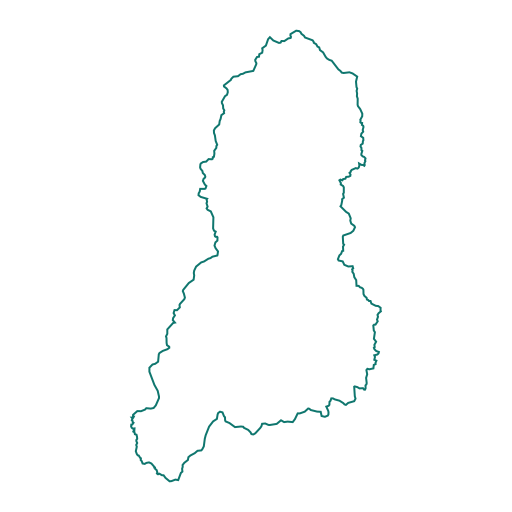 the district of Aymaraes, Apurímac, Peru
{"feature_id": "86281439B92095517476211", "entity_name": "Aymaraes", "entity_type": "district", "adm_level": 2, "iso_a3": "PER", "parent_name": "Peru", "parent_adm1": "Apurímac", "projection": "albers", "projection_center": [-73.254, -14.321], "detail": "fine", "context": "isolated", "style": "outline", "palette": "teal", "viewbox_px": 512, "rotation_deg": 0, "n_neighbors": 0, "source": "geoboundaries", "source_scale": "gbopen_adm2", "svg_char_len": 6055}
<svg xmlns="http://www.w3.org/2000/svg" viewBox="0 0 512 512"><path d="M300.6,32.2L299.1,31.1L296.2,30.7L290.5,34.1L290.4,35.5L291.0,36.9L290.6,38.0L288.3,38.4L284.3,41.1L281.5,41.0L280.6,42.6L279.9,42.8L278.9,42.9L273.3,40.5L269.9,37.2L268.1,39.2L265.9,45.6L262.2,48.3L262.6,50.1L262.2,52.7L259.3,54.2L259.0,56.7L257.0,57.0L255.2,59.9L255.4,61.3L256.4,63.2L256.2,64.4L253.3,70.9L245.4,72.4L242.9,73.8L240.6,74.2L238.0,76.2L233.4,76.7L231.3,78.8L230.9,79.9L223.9,85.4L224.0,86.5L226.5,88.4L227.6,89.9L227.8,92.2L227.0,94.8L225.0,96.2L221.8,101.8L221.9,103.1L223.0,105.3L223.2,108.5L224.3,110.3L223.8,111.8L224.1,113.2L221.4,115.1L220.6,118.9L219.7,121.0L219.2,124.5L215.1,128.2L213.9,130.4L214.0,133.0L214.9,135.4L215.7,141.0L217.2,144.8L216.4,146.0L216.3,147.9L214.2,150.8L214.4,153.7L213.9,156.8L212.8,157.2L212.7,158.7L211.9,159.3L208.6,159.1L206.2,161.6L203.1,162.0L200.8,163.5L200.4,164.3L200.1,167.3L200.5,168.7L202.4,171.0L202.8,173.0L204.8,175.0L205.3,176.6L205.1,177.5L203.6,178.8L202.9,180.9L204.9,184.6L206.4,186.0L205.5,188.5L204.7,188.9L200.2,188.9L199.7,191.6L198.7,193.3L198.5,195.2L200.7,196.9L207.1,198.8L206.6,199.5L207.1,201.8L206.5,203.2L207.6,206.7L206.6,208.4L207.6,209.8L210.8,211.4L213.4,217.3L213.1,228.4L214.0,230.7L215.7,231.6L214.6,234.6L215.0,236.3L215.6,236.8L217.1,236.8L217.5,237.4L217.4,240.6L215.4,242.4L214.5,245.6L215.6,248.2L218.0,251.4L217.5,255.0L217.3,255.5L212.4,256.7L210.5,258.1L208.4,258.7L204.0,261.5L201.2,262.4L196.1,266.6L194.2,270.6L193.8,273.0L194.2,275.4L193.6,279.7L188.8,283.0L183.2,289.9L182.8,291.1L183.9,293.7L184.9,297.6L184.3,299.2L180.0,303.9L179.5,305.0L179.8,307.4L177.0,310.2L174.5,310.1L173.6,313.1L174.9,315.4L173.1,318.1L172.8,320.1L174.9,322.6L173.1,323.0L167.3,329.4L167.3,333.8L166.0,336.4L166.5,338.0L166.6,343.0L167.0,345.2L169.2,346.7L169.3,347.8L167.4,349.2L162.8,350.9L159.5,353.0L158.8,354.3L158.1,361.7L155.2,363.8L152.5,364.5L149.4,367.7L149.4,371.7L154.4,384.9L157.7,390.8L159.0,396.5L159.0,398.1L155.8,405.4L153.6,408.0L150.8,408.6L146.3,408.2L145.0,409.6L141.0,411.2L137.3,411.1L133.1,414.8L133.0,416.5L133.8,416.6L133.3,417.6L131.7,417.6L132.5,418.7L131.8,420.2L132.6,421.0L132.7,422.2L133.5,422.8L132.3,424.5L131.3,424.6L131.1,426.4L131.7,427.7L132.7,428.6L134.5,428.4L134.3,430.9L133.7,430.7L133.3,431.6L134.5,432.3L134.9,434.2L136.5,434.7L137.0,436.7L137.2,438.8L136.3,440.1L136.4,441.3L137.2,443.0L136.2,445.0L136.8,446.7L135.8,451.2L136.8,454.0L137.7,455.3L138.7,455.5L140.2,457.9L140.9,458.3L140.7,460.0L141.7,461.1L142.6,463.5L144.7,463.9L146.4,462.9L149.0,462.4L151.4,463.5L154.0,466.5L154.3,467.6L155.0,467.6L155.2,468.9L156.7,470.2L157.4,472.7L156.9,473.3L157.3,473.9L158.0,474.3L159.4,473.7L161.9,475.2L163.6,475.3L165.5,477.9L169.6,481.3L171.5,481.1L175.4,479.6L178.2,480.1L180.9,472.9L182.4,471.6L182.1,468.8L182.7,466.9L182.6,465.0L184.3,462.8L187.9,460.0L188.4,457.2L190.4,455.5L194.7,453.2L197.5,450.8L201.3,450.4L202.2,449.4L203.8,446.4L204.8,438.7L205.7,435.2L209.1,426.6L213.1,421.4L216.9,418.9L217.6,414.5L218.2,413.0L220.0,411.7L222.5,412.4L224.0,416.2L225.0,417.3L225.1,420.3L225.6,421.4L229.4,423.0L235.0,427.1L241.0,426.5L243.3,426.8L243.9,427.8L248.2,429.9L250.7,432.5L251.2,433.8L252.1,434.3L253.5,434.4L255.3,433.3L260.2,428.0L261.4,426.3L262.1,423.8L265.2,423.5L268.4,424.9L269.8,425.0L276.7,423.9L281.0,420.3L284.1,422.1L287.7,421.6L292.7,422.1L294.9,419.2L297.7,413.4L299.8,413.4L304.7,411.7L308.2,408.5L309.4,408.8L310.7,410.0L317.1,411.6L320.7,411.8L321.6,416.0L324.9,416.8L327.8,415.6L328.4,414.5L328.5,412.3L328.2,410.8L326.3,406.6L328.6,405.8L329.4,404.8L329.5,401.8L330.5,400.8L331.3,398.4L332.9,398.4L334.8,399.4L339.5,400.7L343.3,403.1L344.5,404.4L345.9,404.9L348.2,402.9L354.2,401.2L355.5,398.7L354.8,396.2L354.2,386.7L354.7,386.4L357.3,387.1L359.5,388.4L363.0,388.2L364.2,389.7L365.0,389.7L365.6,388.3L365.5,385.4L366.4,384.4L366.7,383.1L366.1,377.9L367.2,374.3L366.4,370.1L367.4,368.8L369.3,369.3L373.4,368.4L373.8,364.9L375.6,364.1L375.5,362.8L376.4,360.7L374.3,359.8L375.0,356.9L374.3,355.3L377.4,354.5L378.5,353.4L378.9,352.0L376.2,351.0L374.5,349.3L373.9,347.8L374.7,347.1L374.4,344.8L376.1,341.7L373.9,338.8L374.9,332.2L373.8,330.5L373.3,325.5L374.1,324.7L375.5,324.6L377.7,321.3L377.0,319.6L378.0,316.8L377.5,314.9L378.6,313.2L380.9,311.3L380.5,310.3L380.6,307.8L378.3,306.1L375.7,305.8L371.4,303.6L370.5,301.0L369.0,301.0L368.2,300.0L366.9,299.5L366.6,297.8L364.4,295.9L363.5,294.0L363.4,289.7L362.9,288.8L361.7,287.8L360.0,287.3L358.7,285.9L356.5,285.8L356.2,280.1L354.3,277.2L353.7,273.8L352.3,271.8L352.6,270.8L352.1,269.3L353.2,268.4L352.6,266.2L348.3,266.5L344.3,264.8L342.7,261.4L338.6,260.5L337.9,259.2L339.4,255.4L341.1,253.8L342.1,251.1L343.2,250.8L343.0,246.6L344.1,244.7L343.2,243.8L342.8,236.7L343.3,235.5L350.6,233.0L353.3,230.8L355.0,227.2L354.3,225.8L351.2,223.6L350.3,220.6L350.7,218.3L348.8,213.6L346.1,211.9L340.5,206.3L341.3,205.1L342.2,200.6L342.1,199.2L343.9,197.7L343.1,193.9L343.8,192.7L343.8,187.3L343.1,186.0L340.7,184.5L340.9,183.1L339.4,180.3L340.4,179.6L342.4,180.3L343.1,179.1L345.4,178.7L346.2,176.9L348.7,176.7L350.3,175.9L350.5,174.5L349.5,172.9L350.8,171.7L350.8,171.0L351.7,169.9L355.8,168.1L357.3,168.6L358.1,168.2L358.8,167.4L359.4,165.4L359.1,163.5L361.5,164.9L363.1,165.0L364.3,165.8L364.7,165.1L364.4,163.2L365.4,161.1L365.0,160.3L365.5,158.4L364.1,156.9L362.7,156.4L361.4,155.1L361.3,154.1L362.3,150.9L361.5,150.3L361.4,147.8L360.5,146.5L360.8,144.9L362.7,143.6L362.9,141.1L363.4,140.2L363.2,137.8L360.9,136.2L361.4,133.6L363.2,131.7L362.7,130.0L363.5,127.0L363.2,125.8L361.9,124.9L362.1,123.0L360.8,122.8L360.3,122.2L360.6,120.8L360.3,119.8L362.2,116.3L362.3,113.7L360.2,109.1L358.0,106.2L357.6,104.8L357.7,98.7L356.9,96.2L357.1,93.5L356.6,90.9L357.2,88.6L356.5,87.1L356.0,81.6L357.2,76.6L352.5,73.4L349.4,72.3L343.6,73.0L341.7,72.6L340.5,71.0L338.3,69.3L331.7,60.7L329.3,59.9L327.0,58.5L325.6,56.8L323.1,52.4L320.0,50.1L319.2,47.4L317.5,46.6L316.2,44.2L313.8,42.8L313.6,41.7L312.6,40.3L305.0,37.5L304.0,35.8L301.4,33.8L300.6,32.2Z" fill="none" stroke="#0f766e" stroke-width="2"/></svg>